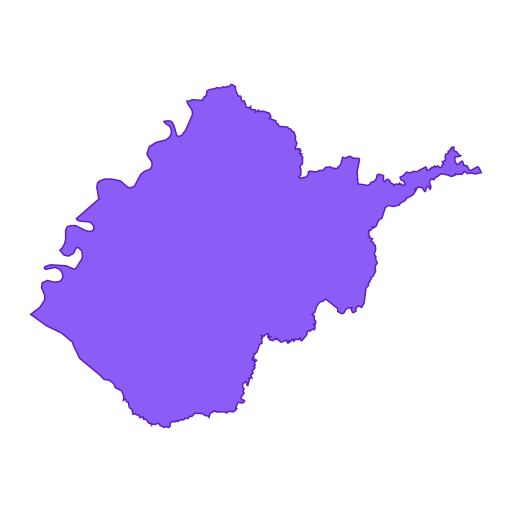 outline of Zarzal, Valle del Cauca, Colombia
{"feature_id": "7082276B55716898367144", "entity_name": "Zarzal", "entity_type": "district", "adm_level": 2, "iso_a3": "COL", "parent_name": "Colombia", "parent_adm1": "Valle del Cauca", "projection": "orthographic", "projection_center": [-75.989, 4.355], "detail": "fine", "context": "isolated", "style": "filled", "palette": "violet", "viewbox_px": 512, "rotation_deg": 0, "n_neighbors": 0, "source": "geoboundaries", "source_scale": "gbopen_adm2", "svg_char_len": 6057}
<svg xmlns="http://www.w3.org/2000/svg" viewBox="0 0 512 512"><path d="M453.9,147.1L451.6,147.3L451.9,148.4L450.5,148.7L450.7,149.9L448.2,151.4L448.5,153.0L445.9,154.2L445.2,155.9L445.5,159.9L443.7,161.4L442.4,161.5L443.5,164.1L442.6,164.2L441.5,167.2L439.9,167.5L437.8,165.9L436.2,167.3L434.8,165.9L433.4,167.5L432.1,167.1L431.2,168.5L430.0,168.4L430.0,169.8L428.5,170.3L426.7,170.0L427.1,169.4L425.7,166.9L416.7,171.7L412.7,171.4L412.2,172.3L409.7,172.8L406.5,172.1L403.6,175.4L400.0,177.3L401.3,180.2L403.3,180.8L405.2,184.3L404.0,185.4L401.4,184.7L401.1,183.9L399.7,184.4L399.3,183.4L398.8,184.3L395.6,184.1L393.8,185.4L393.7,184.5L391.4,183.3L388.7,179.6L386.7,179.4L384.9,181.7L383.4,180.5L383.6,175.7L379.4,174.2L377.2,174.8L376.3,178.8L373.8,181.5L370.7,182.5L370.0,184.5L367.7,185.4L358.0,183.9L357.1,171.6L359.5,160.0L359.0,158.4L353.5,158.2L349.9,156.2L344.2,158.3L342.7,157.2L340.2,165.5L338.1,166.8L337.7,168.1L334.9,168.9L334.4,168.0L333.3,168.5L330.6,167.0L327.9,167.0L325.4,167.5L322.9,170.4L319.0,170.5L318.5,171.4L315.0,171.8L309.9,171.1L308.3,172.0L308.4,174.4L306.1,177.0L299.9,178.2L298.9,176.7L300.6,175.4L300.9,173.0L300.8,168.7L299.9,167.3L300.9,164.8L302.5,163.9L302.6,157.0L300.6,154.3L301.5,153.9L299.6,153.4L300.9,150.7L299.7,150.1L300.1,149.2L299.3,148.8L299.1,149.8L297.5,148.5L295.8,149.5L295.0,148.5L296.9,143.4L295.3,139.6L295.6,136.6L293.8,131.8L291.7,131.0L290.7,129.0L288.9,128.8L287.6,127.1L280.1,126.5L278.5,125.7L278.3,124.2L276.4,123.4L275.8,120.8L269.6,118.5L270.9,116.8L269.4,113.2L262.9,111.1L259.0,111.6L258.7,110.1L255.4,112.3L255.5,109.9L250.6,109.4L250.7,106.5L249.1,107.9L246.4,107.2L244.4,100.9L242.9,101.4L241.5,100.1L240.8,96.2L238.2,96.0L235.4,89.6L235.4,86.6L232.4,84.6L231.1,84.4L229.0,86.8L227.7,86.3L225.2,87.4L223.7,86.8L219.6,88.2L216.9,87.5L215.0,88.6L209.8,89.5L207.0,90.9L206.3,95.7L204.1,97.0L202.1,100.5L192.2,99.6L190.2,100.9L186.9,101.2L188.0,104.1L191.9,109.8L192.6,114.2L185.9,129.8L181.4,135.6L178.2,136.5L176.7,135.4L173.8,125.0L171.6,121.5L168.7,120.8L164.1,121.3L164.4,122.6L170.0,126.6L171.4,130.4L171.2,133.9L169.3,137.3L165.9,140.0L156.3,142.3L149.5,146.5L147.0,153.3L147.8,155.9L151.5,161.4L152.2,164.6L151.5,167.2L150.2,169.1L144.1,171.6L140.7,174.4L134.6,186.0L132.1,187.4L128.2,187.6L120.4,180.9L111.2,179.1L104.6,179.1L99.1,181.2L99.2,182.1L97.7,182.6L96.8,187.3L98.9,199.0L76.3,218.7L77.6,220.3L79.6,221.0L90.3,222.1L93.9,226.1L93.7,229.5L91.7,231.1L89.1,231.5L84.4,230.1L75.7,225.6L71.0,225.6L67.3,226.6L65.6,230.4L65.7,238.7L64.8,243.3L62.1,248.2L59.8,250.2L64.1,255.1L68.4,256.1L73.5,253.3L76.4,247.5L78.9,248.0L81.9,251.2L82.5,256.8L81.5,259.6L75.8,268.4L74.5,269.3L66.0,265.8L50.5,264.8L45.1,266.6L44.3,267.9L45.6,269.4L55.1,267.4L59.7,269.4L62.3,272.9L62.8,277.9L60.6,280.8L58.7,281.7L54.3,282.2L47.3,280.4L42.3,282.8L41.5,287.3L44.7,295.3L44.6,300.1L40.0,307.2L30.7,314.4L46.9,326.0L61.5,333.0L72.5,342.1L73.3,345.1L79.8,358.5L99.6,374.8L104.1,379.4L109.4,380.3L113.7,383.6L115.4,387.7L121.7,390.9L123.9,396.4L123.3,400.4L125.5,399.2L126.9,402.2L128.7,402.5L128.8,405.7L129.6,407.8L131.7,409.2L133.0,414.3L135.0,413.6L136.7,414.9L138.7,414.9L139.8,417.6L143.3,417.1L143.7,419.4L146.1,419.3L149.0,423.4L151.2,423.3L151.4,425.3L152.7,424.1L155.6,424.4L157.6,423.2L159.1,423.8L160.0,425.5L164.4,427.4L166.4,426.6L168.5,427.6L170.2,426.1L170.1,423.1L172.5,421.5L174.8,421.8L176.7,420.9L177.6,421.5L180.8,419.6L182.5,420.1L184.6,419.2L185.3,418.0L187.9,418.6L189.7,416.3L191.7,416.5L195.0,413.2L202.6,413.7L205.2,415.6L208.3,416.0L209.1,417.3L210.1,413.4L214.7,410.9L216.3,412.0L224.2,411.8L226.7,413.0L228.7,411.3L233.4,411.8L236.4,409.4L236.8,408.4L235.7,407.7L238.0,402.5L242.8,403.0L244.7,401.1L243.8,400.0L242.0,399.7L240.7,397.8L244.1,393.0L243.0,391.6L244.1,388.9L242.6,386.5L242.8,384.0L245.8,381.6L246.7,382.8L246.9,385.1L247.8,385.5L249.4,379.6L248.7,378.3L252.0,378.0L250.7,375.3L253.2,373.0L252.1,371.1L255.0,367.8L253.8,366.2L255.2,365.4L254.3,362.7L256.6,360.5L255.5,359.4L254.7,360.5L253.2,360.4L253.7,358.5L252.3,359.3L252.1,358.5L253.8,356.7L253.6,354.4L255.1,354.1L255.1,353.2L256.8,352.4L259.5,344.5L262.1,343.1L261.4,338.9L262.5,338.2L261.5,335.5L263.8,336.3L265.6,334.5L268.4,333.6L267.8,336.7L269.4,336.1L270.7,336.8L268.7,337.9L269.7,339.8L273.2,340.6L275.6,338.1L276.3,339.5L277.0,338.8L281.2,342.3L285.9,340.2L287.9,343.2L289.4,342.3L288.4,340.7L291.5,341.1L292.2,339.1L293.1,339.1L294.0,341.3L295.3,339.2L298.4,339.7L299.8,337.9L300.9,340.6L301.8,340.7L306.5,335.2L307.7,331.1L309.3,330.4L309.9,331.2L312.4,329.2L314.0,329.8L315.0,328.5L314.9,325.1L314.1,325.3L313.6,324.1L315.6,323.6L315.7,321.2L314.4,320.0L314.3,316.0L312.0,314.4L314.6,312.6L316.5,306.7L319.5,302.2L323.1,301.1L325.7,299.0L337.7,308.6L337.7,311.5L342.0,313.8L343.9,312.9L345.9,309.3L348.4,308.0L351.8,307.5L351.1,309.3L352.4,312.2L353.6,312.7L356.1,311.0L355.9,308.5L357.3,306.5L359.6,306.2L361.6,307.5L364.1,303.1L366.0,288.1L368.6,285.3L368.4,282.6L369.8,282.1L369.8,280.6L371.1,279.4L370.8,277.9L372.9,276.4L375.5,271.5L375.3,265.8L377.3,263.2L375.6,259.0L375.9,256.9L374.3,254.2L375.7,249.5L375.3,245.3L374.1,244.9L373.4,242.6L370.9,241.2L372.5,238.7L369.3,237.9L369.9,236.3L368.2,235.0L368.9,233.8L368.6,230.9L368.9,230.2L369.8,230.8L371.1,230.0L372.7,226.7L373.8,227.0L373.2,228.4L376.3,225.8L378.6,220.3L382.0,218.0L385.3,207.5L388.6,205.4L393.3,206.5L399.3,205.0L400.4,203.1L404.8,200.8L406.7,198.2L412.7,195.1L415.6,191.1L415.0,190.6L416.4,189.5L415.4,188.8L418.5,187.1L422.2,187.7L424.6,191.5L425.9,190.8L425.7,188.7L427.5,186.3L428.8,186.8L429.4,189.0L430.5,189.0L430.9,186.5L429.4,182.0L430.5,179.8L431.6,179.0L433.9,179.8L435.7,177.0L437.2,176.8L441.0,173.7L448.4,175.1L451.1,176.6L455.0,175.2L455.2,173.8L456.3,174.4L462.3,174.1L464.2,171.4L467.7,173.7L471.2,172.9L475.2,174.0L481.3,172.6L479.1,168.0L477.5,166.7L470.8,170.5L469.3,170.2L467.1,165.9L463.9,165.2L462.5,161.2L461.0,161.5L457.9,164.4L456.4,164.0L454.9,160.9L454.9,157.0L460.0,156.4L460.7,155.6L458.7,154.7L456.8,151.9L453.9,150.8L453.9,147.1Z" fill="#8b5cf6" stroke="#5b21b6" stroke-width="1.5"/></svg>